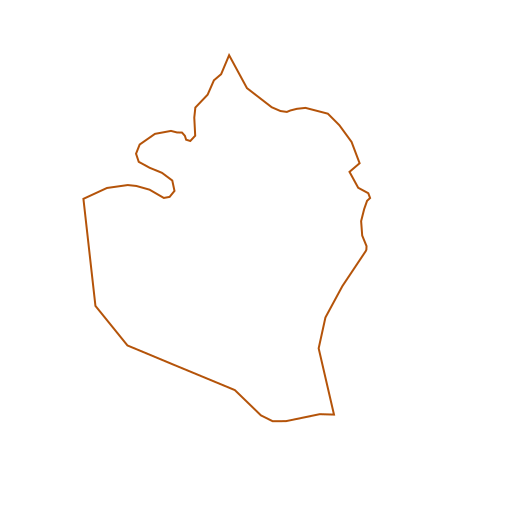 the Municipality of Crnomelj, rotated 43°
{"feature_id": "SVN-945", "entity_name": "Crnomelj", "entity_type": "Municipality", "adm_level": 1, "iso_a3": "SVN", "parent_name": "Slovenia", "parent_adm1": "", "projection": "orthographic", "projection_center": [15.174, 45.522], "detail": "fine", "context": "isolated", "style": "outline", "palette": "amber", "viewbox_px": 512, "rotation_deg": 43, "n_neighbors": 0, "source": "natural_earth", "source_scale": "10m", "svg_char_len": 928}
<svg xmlns="http://www.w3.org/2000/svg" viewBox="0 0 512 512"><g transform="rotate(43 256 256)"><path d="M332.4,176.1L332.9,177.5L339.7,219.1L348.7,253.6L364.8,280.8L421.2,318.8L410.5,328.2L390.5,356.4L380.8,365.5L368.3,369.2L332.0,368.5L269.6,391.8L223.0,409.1L172.6,402.0L90.8,331.9L100.6,307.9L113.8,291.6L120.7,286.4L132.9,280.1L149.0,276.4L152.5,271.7L152.0,264.0L143.3,257.9L130.5,259.3L118.1,264.0L106.0,267.1L98.5,263.0L94.9,253.8L98.8,235.6L108.5,222.5L114.0,219.5L117.7,216.2L122.0,216.6L125.6,218.6L129.5,216.7L129.5,209.5L116.5,196.9L110.4,188.8L110.6,171.0L105.4,156.2L106.5,146.8L99.4,127.5L134.9,139.4L166.0,136.5L175.0,133.3L180.3,129.6L181.9,126.1L185.5,120.5L191.2,113.9L211.5,102.9L227.8,103.5L248.1,107.4L268.5,117.5L267.0,130.7L284.2,136.4L295.3,133.5L299.9,135.8L299.6,139.9L303.1,147.9L309.1,158.8L319.7,168.6L330.1,173.4L331.8,175.4L332.4,176.1Z" fill="none" stroke="#b45309" stroke-width="2"/></g></svg>